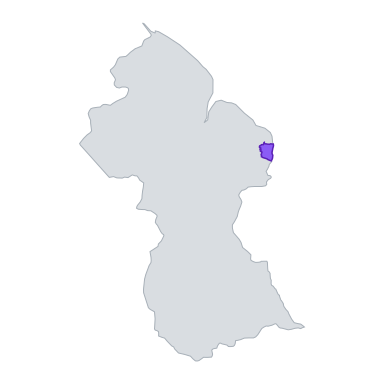 VI-4 Lower Corentyne Rive, East Berbice-Corentyne, Guyana (highlighted)
{"feature_id": "73187651B56094109517329", "entity_name": "VI-4 Lower Corentyne Rive", "entity_type": "district", "adm_level": 2, "iso_a3": "GUY", "parent_name": "Guyana", "parent_adm1": "East Berbice-Corentyne", "projection": "mercator", "projection_center": [-57.321, 5.762], "detail": "fine", "context": "in_parent", "style": "filled", "palette": "violet", "viewbox_px": 384, "rotation_deg": 0, "n_neighbors": 0, "source": "geoboundaries", "source_scale": "gbopen_adm2", "svg_char_len": 4934}
<svg xmlns="http://www.w3.org/2000/svg" viewBox="0 0 384 384"><path d="M109.3,177.4L99.6,166.6L89.9,155.7L80.3,145.0L79.6,143.5L83.6,138.4L87.2,134.8L90.2,132.7L91.6,130.9L90.6,123.0L90.6,120.2L89.2,117.1L88.2,113.6L89.4,110.7L90.9,108.7L92.7,108.0L97.2,107.3L100.4,107.0L101.5,105.8L103.3,104.5L105.7,104.4L110.4,105.3L112.6,103.6L116.5,101.2L125.2,97.2L127.2,94.5L128.6,90.4L128.4,88.5L127.5,87.7L125.4,87.0L122.0,87.0L119.4,88.0L116.6,87.4L114.3,84.9L114.2,82.8L115.5,79.8L114.8,77.9L110.4,71.6L110.4,69.9L113.6,67.1L115.4,64.7L117.8,59.0L119.8,57.1L125.9,56.4L127.4,55.2L130.5,52.2L135.2,48.7L141.8,46.0L143.7,41.0L144.9,39.6L150.2,37.0L151.2,35.5L151.0,34.3L142.5,23.0L144.2,23.8L150.8,31.2L154.5,32.8L155.2,32.8L155.3,30.9L158.6,31.7L167.3,36.7L179.9,45.0L197.7,60.7L202.8,66.6L206.2,69.4L211.5,76.3L213.0,79.6L212.9,92.9L208.2,101.9L207.1,108.6L206.8,117.6L204.1,122.7L207.7,119.9L208.8,111.8L211.9,106.9L215.9,101.5L221.2,100.2L227.0,102.5L231.6,102.9L235.7,104.5L244.4,113.2L252.9,120.0L256.0,125.5L264.9,128.2L270.3,132.5L272.0,136.2L273.0,146.0L271.3,160.8L271.8,161.5L269.3,164.4L268.9,166.3L267.3,169.5L266.1,171.3L267.9,175.4L269.9,175.6L270.7,176.1L271.2,176.9L271.1,177.7L270.3,178.5L268.4,179.5L266.5,181.9L266.7,184.5L265.5,185.8L261.8,186.5L254.5,186.5L251.0,186.7L248.1,187.1L246.3,188.8L243.9,190.0L242.0,190.3L240.3,192.2L238.7,195.0L239.3,196.9L240.9,199.4L241.9,202.0L240.6,206.2L239.2,209.4L238.3,211.9L237.2,216.6L234.4,221.8L232.4,224.8L232.4,228.0L233.4,232.6L239.1,239.2L241.0,242.4L242.6,247.5L247.7,251.6L250.9,254.8L250.6,259.1L251.1,260.4L253.1,261.5L255.5,262.4L258.2,262.3L260.6,261.9L261.2,261.3L266.8,261.2L267.4,262.3L267.7,268.5L268.0,271.0L269.3,272.0L270.1,273.5L270.1,274.9L270.4,278.4L271.2,280.2L271.1,283.9L271.6,285.3L273.2,286.2L275.1,288.8L275.9,289.2L276.2,290.1L277.9,293.9L278.8,295.0L279.4,295.2L279.6,296.5L280.8,300.0L281.6,300.9L283.2,303.4L283.8,306.3L285.9,309.4L288.0,311.7L288.9,314.0L291.6,319.1L294.2,322.7L297.8,323.6L300.7,324.1L302.6,325.5L304.4,327.0L302.4,327.7L300.7,328.6L298.2,327.9L294.9,328.3L291.4,329.3L288.2,329.8L282.1,328.2L280.2,328.0L279.0,327.3L276.4,324.1L275.2,323.7L272.0,325.2L268.1,326.2L266.1,326.0L263.9,327.1L261.8,328.5L257.8,334.7L255.7,336.9L253.5,337.9L249.0,337.9L244.3,338.1L240.7,339.6L237.4,340.4L235.7,340.5L235.1,343.9L234.4,345.4L233.3,346.3L230.7,346.6L228.4,346.5L227.0,345.1L224.3,344.4L222.0,343.9L220.5,343.1L219.3,343.3L218.3,344.7L217.5,345.9L216.8,348.1L213.2,348.8L211.7,350.1L212.6,354.2L212.2,355.9L211.5,357.1L207.2,357.4L203.5,357.3L201.5,358.8L198.9,360.6L197.3,361.0L195.4,360.9L192.9,358.8L190.5,356.2L184.5,354.4L178.5,353.0L174.6,348.9L173.7,346.9L171.8,346.0L167.2,341.2L164.6,338.1L161.8,337.3L158.6,336.0L158.7,333.8L158.5,331.6L157.1,330.7L155.2,330.1L154.5,328.9L154.7,326.1L155.1,318.8L154.5,311.8L150.2,309.4L148.4,307.7L145.1,297.4L143.6,292.7L143.5,289.3L144.6,279.0L145.8,274.5L149.1,265.6L151.0,262.5L151.2,260.3L151.0,257.3L150.0,251.6L155.6,248.0L158.0,246.4L158.4,244.0L161.4,240.9L162.8,238.0L163.9,235.7L163.6,234.5L162.3,233.8L160.7,231.6L157.5,225.3L156.3,224.0L155.3,222.3L155.8,219.5L157.1,216.4L156.9,215.2L155.0,213.5L150.9,210.8L147.6,210.6L145.0,209.6L141.3,209.5L138.2,209.2L136.5,208.2L136.9,206.5L137.6,205.2L140.2,202.0L141.9,198.7L142.1,195.3L142.6,191.0L143.3,187.2L143.7,182.9L139.7,180.1L138.5,177.8L136.8,175.8L135.0,175.8L132.3,174.9L128.0,177.6L124.6,177.1L122.3,178.1L116.9,177.9L113.5,176.6L109.3,177.4Z" fill="#d9dde1" stroke="#a8b0b8" stroke-width="1"/><path d="M271.2,160.9L271.7,160.1L271.9,159.8L272.4,158.5L272.5,158.1L272.6,157.5L272.6,157.0L272.8,155.7L272.8,155.3L272.7,154.9L272.4,154.5L272.1,153.7L272.0,153.1L272.0,151.9L272.3,151.2L272.4,150.5L272.6,149.3L272.7,148.6L272.9,147.8L273.3,146.7L273.5,145.4L273.4,144.6L273.3,144.0L273.2,144.0L272.8,144.0L272.3,144.0L271.9,144.0L271.4,143.9L270.8,143.8L270.4,143.9L269.9,144.1L269.6,144.3L269.1,144.3L268.6,144.2L268.1,144.2L267.7,144.2L267.3,144.1L266.8,144.0L266.4,143.9L265.8,143.9L265.4,143.8L264.9,143.6L264.4,143.3L264.3,142.9L264.3,142.4L264.1,142.5L263.8,142.9L263.8,143.3L263.8,143.7L263.7,144.2L263.4,144.6L262.9,144.5L262.4,144.6L262.0,144.6L261.4,144.7L261.0,145.1L260.8,145.4L260.4,145.6L259.9,145.7L259.6,146.0L259.5,146.5L259.4,147.0L259.5,147.4L259.8,147.7L260.2,147.6L260.5,147.9L260.8,148.1L260.5,148.6L260.2,149.0L260.0,149.4L260.0,149.8L260.3,150.0L260.9,149.9L260.9,150.4L260.6,150.7L260.4,151.2L260.8,151.5L261.2,151.5L261.6,151.6L261.9,152.1L261.9,152.5L261.7,152.9L261.5,153.4L261.5,153.8L261.4,154.3L261.1,154.6L261.2,155.0L261.3,155.4L261.6,155.7L261.5,156.3L261.4,156.7L261.9,156.9L262.3,157.2L262.8,157.5L263.3,157.7L263.8,157.8L264.2,158.0L264.6,158.1L265.0,158.2L265.4,158.3L265.8,158.5L266.3,158.6L266.6,158.7L267.0,158.8L267.2,159.1L267.7,159.5L268.3,159.7L268.7,159.9L269.3,160.2L269.9,160.4L270.4,160.6L270.9,160.8L271.2,160.9Z" fill="#8b5cf6" stroke="#5b21b6" stroke-width="1.5"/></svg>